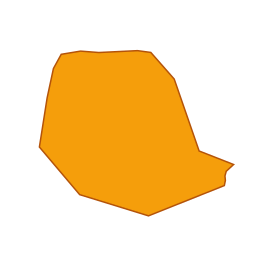 outline of Bouvet Island, rotated 253°
{"feature_id": "BVT+00?", "entity_name": "Bouvet Island", "entity_type": "state/province", "adm_level": 1, "iso_a3": "NOR", "parent_name": "Norway", "parent_adm1": "", "projection": "mercator", "projection_center": [3.419, -54.421], "detail": "fine", "context": "isolated", "style": "filled", "palette": "amber", "viewbox_px": 256, "rotation_deg": 253, "n_neighbors": 0, "source": "natural_earth", "source_scale": "10m", "svg_char_len": 373}
<svg xmlns="http://www.w3.org/2000/svg" viewBox="0 0 256 256"><g transform="rotate(253 128 128)"><path d="M180.5,59.5L206.7,74.1L218.0,85.7L215.4,105.1L208.7,122.2L199.2,159.7L193.6,171.9L161.3,186.5L85.2,189.3L62.2,218.3L57.9,209.3L53.8,206.7L49.4,205.8L44.8,203.3L38.0,121.9L78.4,62.3L135.7,37.7L180.5,59.5Z" fill="#f59e0b" stroke="#b45309" stroke-width="1.5"/></g></svg>